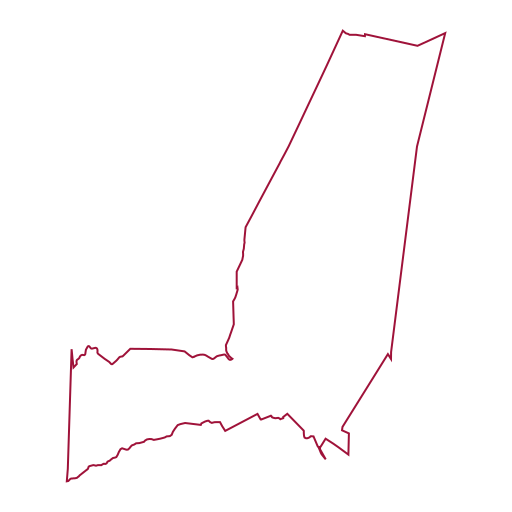 outline of San Pablo Huitzo, Oaxaca, Mexico
{"feature_id": "50627088B10333117144156", "entity_name": "San Pablo Huitzo", "entity_type": "district", "adm_level": 2, "iso_a3": "MEX", "parent_name": "Mexico", "parent_adm1": "Oaxaca", "projection": "equal_earth", "projection_center": [-96.911, 17.316], "detail": "fine", "context": "isolated", "style": "outline", "palette": "rose", "viewbox_px": 512, "rotation_deg": 0, "n_neighbors": 0, "source": "geoboundaries", "source_scale": "gbopen_adm2", "svg_char_len": 4838}
<svg xmlns="http://www.w3.org/2000/svg" viewBox="0 0 512 512"><path d="M71.6,349.2L67.8,468.9L66.8,481.3L68.3,481.0L69.4,479.9L70.1,479.1L71.2,478.5L72.4,478.5L73.5,478.3L74.7,478.3L75.9,478.1L77.0,477.8L77.9,477.0L78.9,476.3L79.6,475.4L87.9,468.9L88.1,468.3L88.7,466.6L89.6,466.1L93.3,465.1L94.4,465.3L96.0,465.7L98.0,465.1L100.0,465.1L101.2,465.2L102.8,464.2L104.0,463.7L105.1,464.0L106.4,463.5L106.9,462.9L107.5,461.7L108.2,461.3L109.7,460.7L111.0,459.5L113.0,458.0L115.0,457.6L116.3,457.1L117.7,454.8L118.9,451.9L119.8,450.4L120.5,449.2L122.1,448.3L126.4,449.7L127.9,449.6L129.3,448.4L130.3,447.1L131.7,445.5L132.9,445.0L134.3,444.5L136.1,443.3L139.3,443.1L144.0,441.8L145.0,440.6L147.0,439.4L149.5,439.0L151.5,439.1L153.8,439.9L157.1,439.3L160.1,438.7L163.2,437.9L164.9,437.4L166.6,436.4L169.0,436.2L169.9,436.1L171.7,434.8L172.9,431.8L175.0,428.6L177.7,425.1L180.4,424.1L185.1,423.0L200.8,424.9L201.4,423.4L205.1,421.5L207.3,420.8L208.6,420.7L209.8,421.8L210.1,422.1L211.8,422.9L214.4,422.2L217.4,422.1L220.0,422.1L222.2,426.2L224.0,429.0L225.2,430.9L257.5,413.9L260.6,419.4L261.4,419.2L261.6,419.4L261.8,419.3L269.2,416.4L270.9,415.7L271.0,415.8L271.5,416.2L271.7,416.7L271.8,416.8L271.8,417.0L272.1,417.3L272.8,417.6L273.2,417.7L273.4,417.8L273.5,417.8L274.3,418.0L275.2,418.2L275.5,418.2L275.8,418.2L276.3,418.1L277.2,418.0L277.9,417.9L278.2,417.9L278.4,417.9L278.8,418.1L279.7,418.6L280.2,419.1L280.3,419.2L280.6,419.0L280.9,418.9L281.1,418.9L281.3,418.8L281.8,418.7L282.6,418.3L282.8,418.3L283.2,418.2L283.3,418.1L283.2,417.0L287.3,413.8L303.7,430.6L303.8,431.2L303.8,432.8L303.9,434.5L304.1,436.2L304.6,437.6L305.8,438.2L307.0,438.3L308.4,437.9L309.6,437.3L310.6,436.3L311.1,436.2L311.8,436.3L313.5,436.4L315.7,441.6L317.6,446.1L318.8,447.7L319.0,448.4L319.2,448.7L320.2,451.2L320.4,451.6L320.5,452.0L320.7,452.3L320.8,452.7L321.0,453.1L321.2,453.5L321.4,453.9L321.6,454.2L321.8,454.5L322.1,454.9L322.3,455.1L322.6,455.5L325.0,458.5L325.6,459.2L325.7,459.3L320.1,449.4L320.0,448.5L320.0,446.9L320.5,446.8L321.5,445.3L325.6,438.7L333.2,443.6L338.5,447.3L348.4,454.6L348.9,433.4L342.0,430.3L342.5,426.9L364.4,391.8L387.9,354.1L391.0,359.0L391.1,352.0L417.0,146.5L445.2,33.1L421.7,43.9L417.5,45.8L365.0,34.2L364.9,36.2L356.1,34.8L349.6,34.8L348.0,33.9L345.9,33.3L342.8,30.7L326.8,65.4L318.4,83.3L307.4,106.6L299.6,123.2L288.7,146.2L284.4,154.4L280.6,161.4L280.2,162.2L279.9,162.9L271.8,178.0L259.1,201.8L251.3,216.6L245.6,227.2L244.4,239.6L244.4,240.8L244.6,242.6L244.2,244.3L243.8,248.8L243.0,251.8L243.0,252.8L243.1,253.4L243.1,255.8L242.6,258.2L242.3,259.8L236.7,271.6L236.7,288.3L236.9,288.3L237.2,288.2L237.5,287.8L237.7,289.5L237.3,291.0L236.2,294.7L235.3,297.4L234.6,298.8L233.1,301.4L233.6,318.1L233.7,320.5L233.8,324.3L231.0,332.5L230.3,334.4L229.3,337.5L229.2,337.8L228.0,340.5L225.9,345.1L226.0,347.1L226.2,347.8L226.2,348.2L226.1,349.1L226.2,349.8L226.2,350.5L226.5,351.5L227.2,353.1L227.6,353.7L228.1,354.2L228.4,354.9L228.8,355.7L230.6,357.4L231.4,358.1L231.8,358.4L232.4,358.8L232.1,359.1L231.3,359.5L231.0,359.7L230.7,359.8L230.4,359.8L230.1,359.8L229.8,359.8L229.5,359.7L229.3,359.5L229.1,359.4L228.8,359.2L228.5,358.9L228.3,358.5L228.0,358.2L226.8,356.6L226.2,355.9L226.0,355.6L225.8,355.3L225.5,355.0L225.3,354.8L225.0,354.7L224.9,354.6L224.5,354.5L224.2,354.5L223.7,354.6L222.7,354.8L222.0,355.0L220.1,355.4L219.8,355.4L217.6,356.0L216.8,356.3L216.1,356.8L214.6,358.0L214.4,358.2L213.6,358.7L213.1,358.9L212.8,359.0L211.9,358.9L207.7,356.5L206.3,355.6L205.0,355.0L204.8,354.9L203.7,354.7L202.8,354.6L200.3,354.7L199.6,354.8L198.9,355.0L198.3,355.1L197.8,355.2L197.7,355.3L197.0,355.4L196.4,355.7L195.0,356.3L194.2,356.6L194.2,356.8L193.6,357.0L192.4,357.3L189.3,355.2L184.6,351.4L171.6,349.5L150.6,349.0L130.3,348.8L123.6,355.4L122.5,356.4L122.1,356.4L120.7,356.7L120.3,356.8L119.9,356.9L119.2,357.4L118.8,357.9L117.2,359.8L116.5,360.5L116.1,360.9L113.0,363.6L112.6,363.9L112.4,364.1L112.0,364.2L111.9,364.2L111.7,364.2L111.4,364.1L111.2,364.0L111.0,363.9L110.7,363.5L110.0,362.8L109.7,362.4L109.3,362.0L105.5,359.4L105.0,359.1L98.2,353.9L97.9,353.5L97.7,353.2L97.5,352.8L97.4,352.3L97.5,351.6L97.5,350.9L97.5,350.2L97.4,349.6L97.2,349.0L97.0,348.6L96.6,348.2L96.0,347.9L95.5,347.8L95.0,347.9L92.2,348.6L91.8,348.6L91.5,348.6L91.2,348.5L90.9,348.3L90.5,347.9L89.6,346.7L89.3,346.4L89.0,346.2L88.7,346.1L88.3,346.1L88.1,346.3L87.8,346.5L87.5,346.9L86.1,349.4L85.9,349.8L85.8,350.5L85.7,351.1L85.6,351.7L85.5,352.4L85.3,353.8L85.2,354.2L85.1,354.5L84.9,354.7L84.6,354.9L84.3,355.1L83.9,355.1L83.3,355.0L82.6,354.9L82.0,354.9L81.6,355.1L81.1,355.3L80.7,355.6L80.2,356.2L79.9,356.6L79.4,357.8L79.2,358.1L78.9,358.4L78.5,358.8L77.1,359.8L76.8,360.2L76.6,360.7L76.5,361.2L76.5,361.6L76.6,363.0L76.7,363.5L76.8,364.0L73.5,367.5L72.8,361.1L72.6,359.6L71.6,349.2Z" fill="none" stroke="#9f1239" stroke-width="2"/></svg>